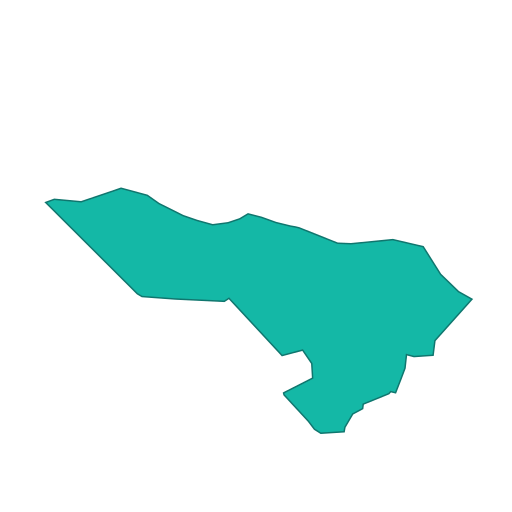 Oron, Cross River, Nigeria (Equal Earth projection), rotated 306°
{"feature_id": "59680162B48458945930175", "entity_name": "Oron", "entity_type": "district", "adm_level": 2, "iso_a3": "NGA", "parent_name": "Nigeria", "parent_adm1": "Cross River", "projection": "equal_earth", "projection_center": [8.234, 4.863], "detail": "fine", "context": "isolated", "style": "filled", "palette": "teal", "viewbox_px": 512, "rotation_deg": 306, "n_neighbors": 0, "source": "geoboundaries", "source_scale": "gbopen_adm2", "svg_char_len": 863}
<svg xmlns="http://www.w3.org/2000/svg" viewBox="0 0 512 512"><g transform="rotate(306 256 256)"><path d="M348.0,456.1L346.2,440.8L349.7,416.1L361.8,385.8L349.7,357.1L321.7,325.6L314.3,314.5L304.1,274.3L302.7,270.9L300.4,266.2L294.8,252.5L290.5,237.7L285.4,224.8L276.5,221.0L266.5,213.9L255.8,202.6L250.1,187.4L245.8,173.3L241.4,146.8L241.2,132.4L231.5,107.0L219.1,98.3L197.1,82.7L183.3,59.5L175.7,54.4L155.7,182.2L156.2,187.6L173.6,215.7L200.7,257.0L205.9,259.0L190.8,335.6L207.3,349.0L201.9,364.1L201.7,364.4L190.5,373.6L161.7,358.9L161.4,358.8L160.1,360.4L153.1,395.5L150.2,405.1L150.7,412.6L165.6,430.6L169.7,428.6L185.1,427.1L195.2,432.0L199.2,429.8L222.7,444.4L225.5,444.7L225.8,445.5L227.4,449.3L241.9,445.5L252.8,442.5L264.7,435.7L267.5,442.9L272.6,449.0L279.8,457.6L292.7,450.5L348.0,456.1Z" fill="#14b8a6" stroke="#0f766e" stroke-width="1.5"/></g></svg>